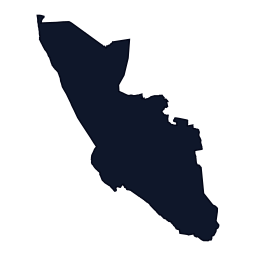 Jevnaker nor, Oppland, Norway
{"feature_id": "86288312B26637374154815", "entity_name": "Jevnaker nor", "entity_type": "district", "adm_level": 2, "iso_a3": "NOR", "parent_name": "Norway", "parent_adm1": "Oppland", "projection": "mercator", "projection_center": [10.399, 60.283], "detail": "fine", "context": "isolated", "style": "filled", "palette": "ink", "viewbox_px": 256, "rotation_deg": 0, "n_neighbors": 0, "source": "geoboundaries", "source_scale": "gbopen_adm2", "svg_char_len": 5787}
<svg xmlns="http://www.w3.org/2000/svg" viewBox="0 0 256 256"><path d="M162.1,95.4L160.2,95.5L159.8,95.4L159.2,95.8L158.9,95.9L154.4,95.9L153.7,96.1L150.9,96.9L150.0,97.7L148.7,98.3L148.3,98.7L146.8,98.9L145.8,99.3L145.2,99.4L144.5,99.2L144.2,99.0L144.0,98.7L144.0,98.4L143.4,98.7L142.6,98.7L142.6,98.3L141.6,98.5L141.3,98.3L141.3,98.1L141.7,97.9L142.2,97.9L142.3,97.5L142.1,96.6L141.9,96.2L141.9,95.6L141.8,95.1L141.8,94.2L139.4,94.9L138.8,95.2L137.6,95.2L135.3,95.7L133.4,95.8L132.6,95.6L132.3,95.4L130.9,95.2L129.3,95.6L128.4,95.6L127.0,95.2L118.8,91.4L118.4,84.9L123.9,75.1L128.0,58.1L129.4,39.5L113.2,42.0L112.8,41.9L112.6,42.3L112.5,42.7L112.1,43.0L111.9,43.5L111.3,43.7L111.3,43.9L111.1,44.2L110.6,44.2L110.1,45.1L109.5,45.2L108.8,45.7L108.4,45.5L108.0,46.0L106.9,46.0L106.8,46.9L106.0,48.2L105.9,48.2L105.5,47.5L105.0,47.1L104.6,46.4L104.1,46.3L103.9,46.6L103.7,46.7L102.5,46.0L102.4,45.9L102.2,45.3L102.1,45.2L101.6,45.0L99.9,43.8L72.2,23.7L70.7,22.7L69.0,21.8L62.6,22.0L56.6,22.5L41.0,23.1L41.4,20.6L41.6,20.1L42.7,18.1L43.0,17.8L43.4,17.8L43.7,17.5L43.8,17.1L43.9,16.9L43.9,16.4L41.0,15.6L39.4,15.4L37.3,15.4L37.5,16.9L37.7,17.7L37.8,19.0L37.9,19.4L37.9,20.5L37.9,21.9L38.2,23.1L38.3,23.5L38.5,24.7L38.5,26.1L39.0,28.0L39.1,29.6L39.5,31.6L39.5,33.8L39.8,35.6L40.1,35.9L40.2,36.2L40.0,36.7L40.0,37.0L39.7,37.4L39.7,37.8L39.9,38.5L39.8,38.8L39.6,39.1L40.9,41.7L41.3,42.7L41.7,43.2L42.9,45.7L45.0,49.6L46.4,51.2L47.8,53.6L48.4,55.5L48.7,56.1L49.7,57.4L50.8,60.7L51.4,62.7L52.0,64.1L52.3,65.2L53.1,66.1L54.1,67.6L54.7,68.1L54.9,68.4L55.1,68.9L55.9,69.5L56.9,70.6L58.1,71.9L58.6,73.3L59.1,74.5L59.5,75.8L60.4,78.1L60.8,81.1L61.7,83.7L62.2,85.7L62.5,86.8L64.3,90.0L66.6,93.9L70.2,101.4L70.6,102.1L72.0,105.5L74.3,110.1L77.8,117.6L81.1,122.8L90.6,137.3L94.1,142.9L96.7,146.7L94.7,149.2L93.8,151.4L93.0,153.1L92.2,154.7L91.9,155.5L91.6,157.9L91.7,158.2L91.7,158.3L91.8,158.7L91.5,159.0L91.5,159.7L91.7,159.9L91.9,160.9L91.8,161.3L91.7,161.7L91.8,162.0L91.7,162.5L91.8,162.6L91.7,162.8L92.2,164.0L93.1,164.8L94.2,166.6L95.7,168.5L97.4,170.0L98.1,170.7L98.3,171.0L99.3,171.7L100.0,172.4L99.9,172.8L100.1,173.3L100.3,173.6L100.0,173.9L100.0,174.6L100.6,175.6L102.3,179.9L102.5,180.2L104.1,181.7L104.6,182.3L105.2,182.8L108.2,184.7L108.7,185.1L109.7,185.4L110.0,185.7L111.1,187.1L111.4,187.3L111.9,187.9L113.3,189.3L113.9,190.2L114.6,190.9L114.8,191.1L115.5,190.9L115.9,190.7L116.1,190.4L116.2,190.1L116.1,189.5L115.7,188.4L115.8,187.8L116.0,187.3L116.7,186.8L117.3,186.5L118.4,186.6L119.1,187.0L120.3,187.2L120.6,186.9L120.9,186.3L121.9,184.8L122.3,184.7L122.9,184.3L123.2,184.5L123.6,184.5L123.5,184.9L123.5,185.1L124.1,185.6L124.4,186.3L124.7,186.3L124.6,186.7L124.7,187.2L124.9,187.3L125.5,187.3L126.0,187.6L126.3,188.3L126.6,188.5L126.8,189.3L127.2,189.5L127.7,189.6L128.6,189.6L131.0,190.3L131.9,191.1L137.4,194.9L138.2,195.5L138.8,196.0L139.8,196.4L140.8,197.3L142.7,198.5L143.5,199.2L144.3,199.6L145.0,200.4L145.6,200.7L146.6,201.7L147.8,202.3L149.6,203.7L150.4,205.1L154.6,209.5L156.3,211.0L156.7,211.7L159.4,214.6L159.8,214.8L160.3,214.7L160.7,214.8L163.1,217.2L163.7,218.0L164.9,218.5L165.8,218.8L166.8,219.3L167.0,220.0L167.7,220.3L168.7,221.2L169.2,221.4L169.9,221.2L170.2,221.3L171.0,221.6L171.4,221.9L171.2,222.1L171.3,222.2L171.3,222.5L173.2,224.3L173.8,225.4L174.8,226.2L175.2,226.6L175.4,227.1L176.1,228.1L176.1,228.4L176.2,228.6L177.6,229.2L179.3,229.5L179.6,230.6L180.0,233.2L187.4,234.3L188.5,234.8L189.3,234.6L192.5,234.0L193.9,233.6L194.3,234.0L194.1,234.4L194.1,234.8L194.6,235.9L194.8,236.0L195.5,236.2L196.3,236.8L197.3,236.5L198.4,236.9L201.4,239.4L202.9,240.2L203.6,240.5L206.1,240.5L207.8,240.6L208.2,240.6L209.2,239.8L211.0,239.9L211.6,238.7L211.7,236.5L211.8,236.2L212.1,235.9L212.9,235.6L213.4,235.5L214.0,234.9L214.9,233.1L215.7,231.7L215.8,231.4L216.0,230.3L216.0,229.1L217.8,227.9L218.4,226.7L218.5,226.4L218.7,225.0L216.6,222.3L215.9,220.8L217.2,211.7L217.3,208.5L216.7,207.6L215.1,206.2L212.7,205.1L203.5,193.5L201.0,167.7L200.4,167.9L200.1,167.8L200.0,167.5L200.3,166.9L200.1,166.6L200.0,166.3L199.8,166.3L199.3,165.6L198.8,165.1L198.0,165.5L197.4,165.2L197.2,164.9L196.8,164.0L196.3,163.4L196.2,162.5L196.1,161.9L195.8,158.6L195.6,157.7L195.7,156.5L195.3,155.4L195.0,154.6L194.8,153.9L194.7,153.1L194.7,152.3L194.5,151.1L194.6,150.7L196.3,150.1L201.9,149.2L202.0,148.5L201.7,147.6L201.7,146.6L201.3,145.6L201.3,145.2L200.9,144.1L200.5,142.4L200.6,141.4L200.8,140.6L200.6,139.8L199.8,137.9L199.2,137.0L199.0,136.8L199.0,136.4L198.8,136.1L198.7,135.2L198.7,134.2L198.8,133.3L199.1,133.0L199.1,132.7L199.1,131.8L198.5,131.0L198.6,130.5L198.5,130.0L198.2,129.7L197.4,129.3L196.1,129.2L195.0,128.7L193.7,128.7L193.3,128.5L192.8,127.7L192.9,127.3L192.8,126.3L192.6,126.2L192.7,125.1L188.1,126.0L187.4,126.0L187.2,125.1L187.4,124.1L187.5,123.3L187.4,122.1L187.5,120.5L187.2,120.2L179.4,118.6L176.4,118.1L175.1,118.0L174.8,118.3L174.7,118.7L174.8,119.3L174.0,119.8L173.7,120.6L173.7,120.9L173.8,121.1L174.1,121.3L176.2,121.9L176.9,122.2L176.8,122.7L176.9,125.2L176.6,125.3L173.7,125.3L172.8,124.8L170.8,124.5L170.4,123.8L169.9,123.2L169.0,122.6L168.0,122.2L167.6,119.3L167.5,118.9L167.7,117.8L167.8,116.9L167.9,116.7L167.8,116.2L168.1,115.3L167.9,115.2L167.2,115.6L166.6,115.7L166.2,115.3L165.5,115.0L163.9,114.9L163.8,114.5L163.5,114.1L163.0,113.3L161.6,112.2L161.5,111.7L161.8,111.5L162.1,111.1L162.3,110.2L163.0,109.8L163.5,109.1L163.9,109.0L164.1,108.2L164.3,107.7L164.7,107.1L165.5,107.1L166.3,107.3L167.5,106.4L167.3,105.5L167.1,105.3L167.1,104.9L167.1,104.6L167.0,103.9L166.8,103.6L166.8,103.3L166.6,102.4L166.4,101.8L166.4,101.7L167.0,101.6L167.3,101.4L167.7,101.4L167.6,101.2L167.4,100.8L166.7,100.2L165.8,99.2L164.8,99.6L163.9,98.8L163.9,98.5L163.8,98.2L164.0,97.7L162.8,96.5L162.1,95.4Z" fill="#0f172a" stroke="#020617" stroke-width="1.5"/></svg>